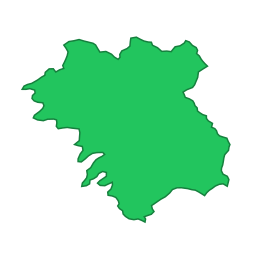 outline of Santa Branca, São Paulo, Brazil, rotated 260°
{"feature_id": "56859067B45307591425781", "entity_name": "Santa Branca", "entity_type": "district", "adm_level": 2, "iso_a3": "BRA", "parent_name": "Brazil", "parent_adm1": "São Paulo", "projection": "equal_earth", "projection_center": [-45.869, -23.418], "detail": "fine", "context": "isolated", "style": "filled", "palette": "green", "viewbox_px": 256, "rotation_deg": 260, "n_neighbors": 0, "source": "geoboundaries", "source_scale": "gbopen_adm2", "svg_char_len": 2693}
<svg xmlns="http://www.w3.org/2000/svg" viewBox="0 0 256 256"><g transform="rotate(260 128 128)"><path d="M53.4,215.6L56.9,217.2L59.7,218.4L63.2,217.4L66.0,213.6L69.7,212.5L72.4,213.2L75.1,214.8L78.9,216.2L81.9,217.2L84.9,218.6L88.5,223.1L91.6,224.1L94.0,225.5L97.1,224.4L100.8,223.6L102.8,219.6L104.4,216.7L106.8,215.1L109.9,214.7L112.3,213.4L114.3,210.4L117.9,212.0L121.1,208.3L123.8,206.9L126.4,207.3L128.2,203.9L130.6,201.3L132.7,199.4L135.8,199.6L138.4,197.8L140.9,197.5L143.5,196.5L146.1,193.4L148.2,189.7L151.1,189.2L153.8,188.4L155.5,192.6L156.7,198.6L159.0,201.1L161.7,202.8L165.7,205.4L171.0,207.1L173.1,212.0L175.1,217.0L178.0,214.9L180.9,213.1L183.1,212.0L186.5,210.8L189.4,208.5L192.4,210.0L195.4,209.1L198.1,205.8L202.1,203.3L204.0,200.0L201.9,198.2L199.9,193.6L199.8,188.5L197.6,185.9L195.7,183.8L197.0,179.6L197.6,174.5L202.0,171.0L205.2,166.5L208.4,165.9L209.2,162.7L210.9,158.8L213.3,155.4L216.0,152.0L216.0,146.4L213.0,145.4L208.3,144.1L206.4,140.9L205.0,135.3L201.9,132.7L199.0,132.4L197.3,130.2L200.2,126.9L203.5,124.6L205.3,122.2L207.2,119.5L207.6,113.5L211.3,112.0L215.4,110.5L217.5,108.3L219.1,104.7L221.3,99.7L223.6,95.2L223.3,89.8L223.4,84.8L220.8,79.2L217.4,80.8L213.4,82.2L209.8,80.7L206.7,78.8L203.8,76.8L200.9,74.6L197.8,75.1L197.2,70.8L195.7,66.6L199.3,64.7L199.9,60.6L197.2,56.2L194.3,55.2L193.2,51.9L190.9,47.1L188.7,41.0L188.3,36.5L187.3,32.9L184.5,30.5L183.8,34.3L183.8,38.2L181.5,42.7L178.6,42.6L176.6,39.6L173.7,38.6L171.0,40.3L169.0,43.6L167.6,48.5L164.5,49.1L162.1,47.4L159.7,43.9L156.8,38.1L154.4,36.5L151.7,40.3L149.9,45.9L150.6,50.4L149.7,56.4L148.4,59.0L145.3,58.8L142.1,57.7L139.4,59.2L139.4,63.7L139.1,68.3L137.8,72.2L135.6,79.6L131.8,79.8L127.6,78.7L124.0,77.8L121.0,72.5L119.3,75.8L117.8,79.8L113.8,79.8L110.8,76.5L106.3,73.5L103.6,73.0L102.7,76.1L105.0,80.5L107.5,84.3L109.2,88.6L109.2,93.1L108.3,98.9L106.1,100.4L104.6,97.6L103.7,94.3L102.3,91.0L99.6,87.9L95.4,84.4L93.2,80.0L89.2,79.9L86.1,78.6L84.0,76.3L81.7,73.5L78.5,72.3L78.4,77.0L79.7,80.5L83.4,81.5L84.0,85.2L85.5,88.8L88.2,91.2L89.6,95.4L88.0,99.0L84.2,98.3L82.4,94.4L80.9,91.0L79.0,88.4L76.3,90.6L75.2,95.2L76.1,98.3L77.3,103.1L74.5,102.8L70.8,100.6L68.4,96.9L65.2,96.7L63.8,100.7L61.7,104.0L58.0,105.8L55.0,106.1L53.0,104.3L50.1,105.6L47.5,108.3L44.1,108.3L41.4,110.1L38.4,113.3L36.7,117.9L36.7,122.2L34.6,125.5L32.4,128.4L35.3,129.5L37.8,128.6L38.5,132.7L39.0,136.0L41.2,139.1L44.1,137.9L47.5,137.7L49.7,142.6L52.1,147.8L53.8,152.8L56.8,157.8L59.7,161.1L60.6,165.8L59.9,170.2L57.9,176.4L56.2,180.1L55.1,183.5L52.7,186.6L50.3,189.3L48.1,191.7L50.7,194.4L52.6,197.3L53.8,200.2L55.7,204.0L56.7,208.1L56.5,212.0L53.4,215.6Z" fill="#22c55e" stroke="#15803d" stroke-width="1.5"/></g></svg>